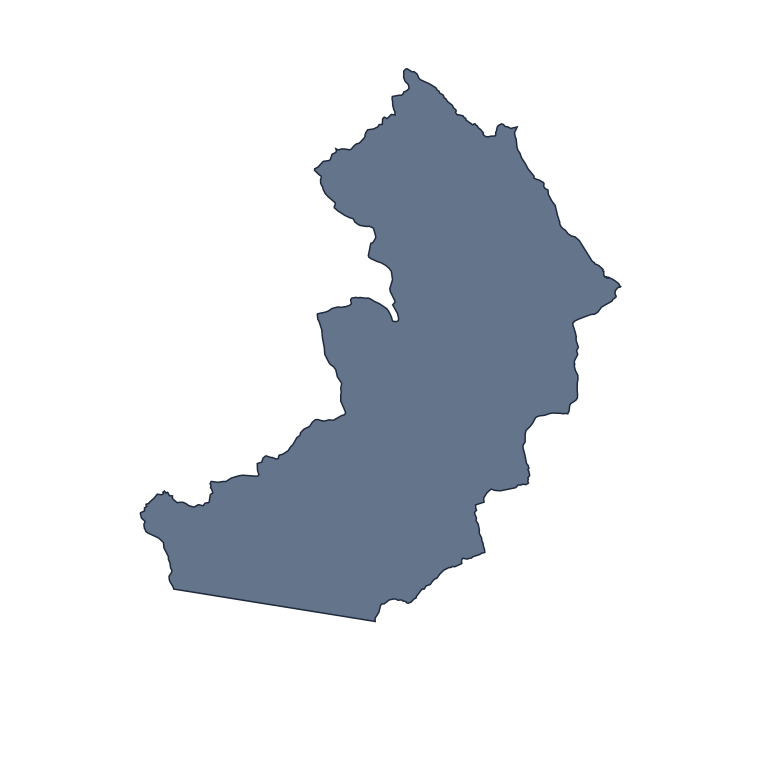 the district of Calima, Valle del Cauca, Colombia, rotated 304°
{"feature_id": "7082276B94395141643556", "entity_name": "Calima", "entity_type": "district", "adm_level": 2, "iso_a3": "COL", "parent_name": "Colombia", "parent_adm1": "Valle del Cauca", "projection": "equal_earth", "projection_center": [-76.599, 3.955], "detail": "fine", "context": "isolated", "style": "filled", "palette": "slate", "viewbox_px": 768, "rotation_deg": 304, "n_neighbors": 0, "source": "geoboundaries", "source_scale": "gbopen_adm2", "svg_char_len": 6169}
<svg xmlns="http://www.w3.org/2000/svg" viewBox="0 0 768 768"><g transform="rotate(304 384 384)"><path d="M552.1,212.5L551.0,213.9L549.9,214.4L548.9,214.5L545.4,212.5L539.9,214.0L538.3,213.3L535.0,209.5L534.0,209.0L526.9,208.0L523.6,206.2L522.3,207.0L521.2,212.9L521.2,215.5L520.2,216.6L518.1,217.0L514.9,219.3L512.9,223.0L511.2,224.9L509.0,228.8L508.0,233.3L506.9,242.2L505.3,243.3L503.3,243.5L502.3,244.2L501.7,249.2L501.9,257.5L502.8,263.1L503.7,265.6L503.6,266.3L502.0,269.3L501.8,273.9L502.1,275.6L504.9,281.6L506.5,283.5L507.3,287.6L506.3,289.3L501.9,294.5L499.9,295.5L495.0,295.7L493.2,294.4L481.7,299.2L480.8,300.3L480.6,303.1L481.8,310.1L482.8,313.4L483.3,318.9L482.7,323.8L481.5,327.1L475.3,332.7L466.3,335.5L464.2,337.4L459.0,346.6L458.0,347.4L454.5,346.9L449.9,355.9L446.7,359.3L445.2,360.2L443.7,360.2L442.6,359.3L441.1,356.7L441.5,355.1L443.6,352.9L446.9,347.2L448.0,344.1L448.0,335.0L447.2,330.8L446.9,324.7L446.3,322.5L445.2,321.4L442.2,315.5L441.1,314.7L440.2,312.4L437.2,309.2L435.2,309.2L432.2,312.1L429.7,311.4L427.1,309.3L423.6,305.6L422.0,302.6L420.1,300.9L417.6,298.7L413.4,297.0L410.9,295.3L405.1,289.7L404.3,289.8L400.7,292.9L399.3,295.5L394.1,302.1L387.7,307.3L380.7,314.2L375.4,318.4L370.9,326.5L370.2,328.9L370.1,332.5L368.8,336.1L363.9,341.3L360.9,348.6L356.1,350.6L353.1,353.3L350.8,354.2L345.6,357.7L339.6,367.2L338.3,368.4L336.4,368.4L334.1,366.5L325.6,362.3L323.5,358.4L319.9,355.3L318.4,352.1L317.6,349.1L316.6,347.6L315.2,346.7L312.0,346.0L307.1,346.0L301.9,342.9L296.8,342.0L295.8,342.8L293.8,342.9L290.8,341.7L282.9,342.4L279.5,341.7L275.0,341.8L268.9,339.2L266.8,337.1L265.8,336.9L263.1,338.0L261.5,336.6L260.6,332.5L259.8,331.2L258.5,326.5L258.0,326.0L255.0,325.2L250.8,326.3L247.2,323.4L241.8,327.3L238.9,330.9L237.6,331.0L236.4,330.1L229.2,317.6L226.4,314.7L220.5,309.9L214.8,307.5L213.1,305.0L209.5,301.1L206.6,295.2L204.0,295.6L203.0,297.5L201.0,298.1L200.6,299.6L198.3,302.7L197.6,302.9L195.3,301.8L188.2,305.1L187.2,304.8L186.3,303.3L184.8,302.2L181.9,302.1L180.2,297.6L175.7,295.3L174.0,290.3L174.1,286.6L173.5,283.5L171.4,280.3L169.9,278.9L170.7,272.7L173.0,271.2L171.4,268.6L173.2,265.4L173.1,264.9L171.7,264.3L172.5,261.8L170.6,261.2L170.1,262.3L169.3,262.4L167.8,261.5L165.8,257.6L161.1,257.3L154.6,255.6L153.5,255.8L151.3,254.0L150.7,254.2L149.8,255.8L147.3,254.7L144.9,256.4L141.2,254.2L140.5,254.3L137.2,257.9L136.5,262.8L133.4,263.4L130.2,266.2L130.2,266.8L128.6,268.9L128.4,271.5L130.3,283.4L129.2,289.9L125.2,293.0L120.4,301.7L118.1,303.3L115.9,306.7L112.1,310.0L110.9,312.4L109.2,313.2L104.4,313.3L101.7,315.4L100.0,317.8L98.2,322.1L96.4,324.4L182.2,509.5L184.8,507.6L191.9,507.4L198.7,504.9L200.2,505.1L201.9,507.1L207.8,509.0L210.8,511.8L212.3,513.9L212.5,516.5L214.8,519.2L214.6,520.8L215.8,523.6L215.2,525.0L215.7,526.5L218.2,528.4L222.3,529.1L224.9,530.3L225.8,529.6L235.1,530.2L236.4,532.0L240.1,531.8L243.8,534.5L247.9,534.5L250.7,535.1L252.4,536.4L257.8,536.6L263.4,537.8L268.4,540.7L269.2,542.0L270.9,542.7L272.1,544.9L278.6,548.9L281.2,546.8L283.5,546.7L285.5,551.1L286.9,551.9L288.7,553.9L290.4,554.2L296.2,558.7L298.2,559.5L300.7,561.8L303.4,559.5L305.2,557.0L307.6,554.9L308.5,553.1L310.9,551.0L313.2,547.0L314.6,545.6L316.1,544.9L320.6,540.4L321.7,537.6L322.5,536.5L324.5,535.7L327.5,531.3L329.2,530.9L331.1,531.4L332.4,529.5L334.9,527.5L342.0,533.0L345.1,530.4L351.3,530.2L356.0,531.3L356.9,532.0L357.9,535.6L360.5,540.2L371.2,550.7L373.0,551.5L375.1,551.5L376.8,554.1L378.5,555.0L379.9,557.9L382.6,559.2L384.0,557.4L385.7,557.0L386.5,555.8L389.6,555.9L392.7,552.8L393.6,551.1L395.2,551.3L397.1,549.0L397.8,546.6L403.3,541.2L409.2,534.6L411.2,533.5L414.9,533.4L421.0,529.3L424.7,527.7L430.6,528.9L435.2,529.1L440.5,528.5L442.2,529.0L444.6,530.8L447.9,534.7L452.2,537.9L454.2,540.0L458.3,546.6L459.8,549.7L461.3,551.1L462.0,553.0L465.0,552.6L469.7,550.1L472.1,549.7L477.7,552.1L480.3,552.2L483.2,550.6L487.7,547.0L493.4,543.4L496.5,542.1L499.6,539.8L502.1,535.3L504.4,532.6L506.6,530.9L507.1,531.1L508.1,529.8L509.7,529.0L517.0,528.0L519.4,524.9L523.0,524.7L527.7,518.8L530.8,516.8L533.6,513.9L538.6,507.6L540.1,506.4L543.4,507.2L546.8,509.2L557.1,516.5L559.8,519.7L563.2,521.1L569.6,521.4L580.2,526.7L582.0,526.4L585.7,527.7L586.6,527.4L588.1,524.9L590.9,523.6L594.7,524.0L596.5,525.7L597.1,525.8L597.2,524.5L598.4,522.6L598.8,517.0L598.2,511.2L597.9,511.4L597.3,510.8L597.6,510.3L596.4,509.4L596.8,508.6L597.6,509.6L597.1,508.1L596.1,507.3L597.7,504.8L600.3,503.3L600.1,502.1L601.5,501.6L602.3,496.0L601.9,493.0L601.4,492.0L602.2,490.7L602.2,488.0L612.1,465.7L612.8,460.2L611.5,456.5L611.4,452.9L612.9,448.2L612.9,445.4L613.4,442.9L615.1,439.9L616.2,439.5L620.7,433.7L627.8,426.0L629.6,420.7L633.2,414.1L636.5,411.5L636.2,408.3L637.0,406.0L639.7,404.5L640.2,403.4L639.8,398.2L639.1,396.4L638.6,393.1L640.2,392.2L643.0,383.0L645.9,377.6L648.4,371.6L651.5,367.4L652.6,364.4L654.5,362.0L661.0,356.6L662.3,354.5L665.4,351.6L671.6,350.7L666.7,346.1L666.5,343.3L665.3,340.4L665.9,337.8L665.4,336.0L662.4,334.3L660.3,334.2L656.2,335.9L655.2,335.8L653.0,337.4L651.7,337.3L649.3,334.1L647.0,332.0L646.0,329.8L646.0,328.3L646.5,326.3L647.7,326.1L648.4,324.1L649.1,320.9L649.1,319.0L650.1,317.1L650.1,315.1L650.6,314.2L650.4,313.6L648.3,312.3L648.7,310.1L648.4,308.5L648.7,307.4L648.6,304.8L649.9,303.1L649.7,301.2L650.5,299.8L649.2,295.8L648.0,294.0L649.3,291.2L650.8,291.2L651.6,289.9L651.7,287.3L653.3,284.7L653.7,278.7L655.1,275.5L654.7,273.7L656.0,272.7L656.7,271.1L656.3,267.6L657.4,266.0L657.5,263.4L658.4,262.0L658.6,260.8L658.3,254.3L656.6,243.7L657.4,241.2L659.2,238.7L659.6,237.1L659.7,234.2L658.5,232.8L658.3,226.9L657.2,225.9L654.4,225.4L649.0,229.0L646.6,232.5L646.1,235.7L645.3,237.5L642.8,239.6L638.9,238.4L637.3,237.1L635.1,237.6L633.1,237.0L632.0,235.2L627.0,230.1L624.4,231.6L623.8,232.5L619.9,235.4L616.7,239.0L616.0,240.6L613.2,242.7L611.6,239.3L605.8,238.2L605.5,235.3L605.0,234.8L603.1,234.6L598.3,237.4L596.3,234.9L593.8,235.1L589.7,232.8L585.6,228.3L582.0,228.4L579.6,229.1L578.5,229.9L576.6,230.0L569.9,228.8L567.5,226.8L564.7,225.9L560.9,225.6L559.0,224.7L556.5,219.3L554.9,217.1L552.9,215.6L552.4,214.7L552.1,212.5Z" fill="#64748b" stroke="#1e293b" stroke-width="1.5"/></g></svg>